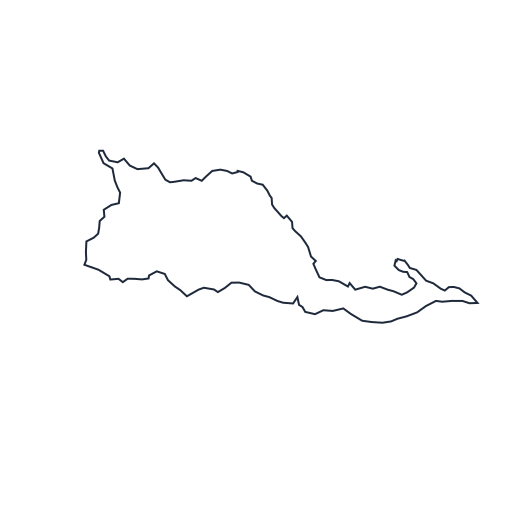 outline of Lofou, Limassol, Cyprus, rotated 318°
{"feature_id": "46923920B39647267644657", "entity_name": "Lofou", "entity_type": "district", "adm_level": 2, "iso_a3": "CYP", "parent_name": "Cyprus", "parent_adm1": "Limassol", "projection": "orthographic", "projection_center": [32.884, 34.797], "detail": "fine", "context": "isolated", "style": "outline", "palette": "slate", "viewbox_px": 512, "rotation_deg": 318, "n_neighbors": 0, "source": "geoboundaries", "source_scale": "gbopen_adm2", "svg_char_len": 2137}
<svg xmlns="http://www.w3.org/2000/svg" viewBox="0 0 512 512"><g transform="rotate(318 256 256)"><path d="M122.6,147.7L129.8,160.9L133.5,173.0L132.0,176.0L138.6,181.0L139.5,186.3L145.4,187.0L150.3,191.5L155.6,197.1L161.1,200.8L163.5,198.9L172.0,201.0L176.2,208.3L174.4,215.0L175.3,224.3L176.9,230.8L177.7,239.7L190.9,242.6L196.0,244.7L202.4,252.8L203.5,257.3L211.4,258.9L219.9,259.4L225.7,264.5L231.3,272.6L231.5,281.6L234.9,290.1L238.4,295.5L241.9,303.9L244.9,308.9L251.8,316.1L259.3,314.2L255.3,321.1L256.4,325.0L255.2,330.5L260.9,338.7L269.8,341.4L276.3,348.2L285.8,353.4L287.7,362.5L291.6,375.2L297.8,382.5L305.3,390.2L312.6,395.0L319.2,397.3L327.5,401.6L338.0,405.7L348.8,406.9L359.7,409.8L363.8,414.6L371.6,420.5L379.4,427.6L383.0,433.9L385.7,436.2L389.2,439.1L389.4,429.4L386.7,422.6L385.5,416.2L382.3,411.4L378.5,408.2L373.2,408.0L371.4,403.9L369.5,395.0L365.9,388.2L365.9,380.7L365.9,373.7L362.3,367.8L362.9,364.3L363.3,358.7L362.4,358.2L359.2,352.9L357.1,353.9L356.9,352.7L352.4,355.8L352.7,362.0L354.8,366.2L357.6,369.1L356.0,374.3L357.4,378.4L356.9,383.7L352.3,385.2L344.2,384.2L338.6,382.4L338.4,382.3L338.3,382.1L334.5,374.0L331.4,369.3L327.5,361.7L320.9,358.4L316.5,351.9L307.2,347.4L307.5,338.8L303.9,340.2L300.7,330.3L296.5,324.7L292.1,320.9L288.9,314.3L291.5,305.8L293.4,300.2L297.1,299.7L296.5,293.2L300.7,284.2L301.6,279.1L302.5,271.5L301.7,263.5L301.8,259.7L305.6,254.8L305.9,246.6L302.1,246.6L301.6,243.2L301.7,232.4L302.4,228.5L306.4,223.4L306.7,220.3L308.1,215.2L308.7,207.5L305.4,203.0L303.3,197.3L305.1,193.4L302.6,185.3L299.3,180.5L298.5,181.3L293.5,178.7L291.4,173.4L287.3,168.0L280.4,163.5L276.5,163.5L272.3,163.5L266.0,163.8L263.3,157.7L258.4,156.9L252.9,151.3L244.5,145.9L241.4,143.6L239.7,138.6L240.8,132.7L242.4,124.8L242.2,118.9L234.8,118.8L226.0,112.1L222.7,104.3L223.0,95.3L215.9,93.8L210.7,86.8L211.1,81.3L212.8,75.5L210.0,72.9L208.3,74.2L204.8,85.0L207.9,94.9L201.5,105.5L199.0,112.2L197.4,118.0L189.4,125.0L182.7,121.3L173.8,119.8L169.6,125.4L163.3,125.4L158.3,130.1L153.6,133.8L147.7,133.8L139.7,131.7L132.3,139.2L127.3,145.3L122.6,147.7Z" fill="none" stroke="#1e293b" stroke-width="2"/></g></svg>